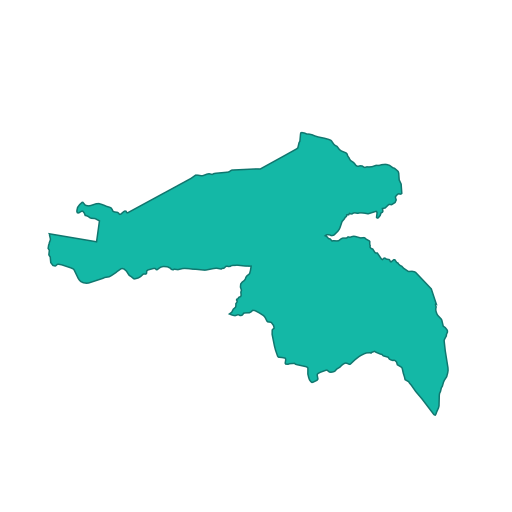 outline of Inongo, Bandundu, Democratic Republic of the Congo, rotated 9°
{"feature_id": "63176286B68796769615290", "entity_name": "Inongo", "entity_type": "district", "adm_level": 2, "iso_a3": "COD", "parent_name": "Democratic Republic of the Congo", "parent_adm1": "Bandundu", "projection": "albers", "projection_center": [18.143, -1.932], "detail": "fine", "context": "isolated", "style": "filled", "palette": "teal", "viewbox_px": 512, "rotation_deg": 9, "n_neighbors": 0, "source": "geoboundaries", "source_scale": "gbopen_adm2", "svg_char_len": 6109}
<svg xmlns="http://www.w3.org/2000/svg" viewBox="0 0 512 512"><g transform="rotate(9 256 256)"><path d="M183.7,185.6L179.7,189.5L122.5,233.4L121.6,233.4L120.6,232.1L119.5,232.1L118.5,232.8L115.8,235.9L114.7,236.2L113.3,235.0L112.4,234.6L109.0,234.6L107.5,234.0L106.7,232.6L105.3,231.2L103.9,230.8L100.3,230.3L98.2,229.7L95.6,229.2L92.6,228.8L90.0,229.4L84.9,232.0L82.8,232.7L80.9,232.7L79.4,232.5L76.6,230.1L75.9,230.2L73.8,232.8L72.2,235.9L72.0,238.8L72.2,240.3L72.8,241.2L73.6,241.3L74.4,241.0L76.1,239.5L77.2,238.9L78.0,238.9L79.6,240.3L81.0,242.7L81.8,242.6L84.1,243.2L86.0,244.2L87.4,244.5L91.2,244.2L95.9,245.8L96.3,266.9L48.4,266.4L48.8,267.0L48.8,267.6L50.2,271.1L50.4,272.3L49.8,275.1L49.8,276.5L49.5,277.5L49.5,281.0L51.0,282.7L51.2,287.0L51.6,287.8L52.9,289.1L54.3,294.6L56.9,297.1L58.2,297.2L59.2,297.3L59.8,296.9L61.0,295.4L62.0,295.0L65.6,295.1L75.1,296.7L77.3,297.3L78.1,297.7L78.9,298.7L83.9,305.9L85.3,307.4L86.9,308.6L89.5,309.4L92.9,309.4L95.0,308.8L108.3,302.0L110.1,300.8L114.2,299.5L116.3,297.9L120.3,294.2L121.1,293.2L124.6,289.8L125.8,289.3L127.7,289.5L128.5,290.0L130.4,291.2L133.5,294.7L134.3,295.2L135.8,295.8L138.8,297.6L139.7,297.6L143.1,296.1L145.2,294.4L147.4,291.6L148.1,291.3L149.8,291.1L150.3,290.8L150.6,290.2L150.4,287.8L151.6,286.6L156.6,284.4L158.0,284.1L158.6,284.2L159.7,285.1L160.6,284.9L162.5,282.9L163.7,281.9L165.2,281.2L166.4,280.8L170.3,280.5L173.4,281.5L174.4,282.4L176.3,282.6L177.2,281.8L181.0,281.7L185.4,279.9L187.5,279.4L191.7,279.0L195.6,278.9L198.8,278.5L207.3,278.0L208.7,277.7L215.5,275.2L218.8,274.2L223.7,274.3L224.6,273.5L226.1,273.2L228.0,270.9L229.0,270.6L230.6,270.7L232.3,270.2L232.6,269.7L234.5,268.9L236.9,268.5L238.6,268.0L246.7,267.6L252.8,266.8L252.8,271.1L252.5,274.0L252.2,274.8L250.1,277.1L249.4,278.5L249.0,280.7L248.1,282.2L246.4,284.0L245.3,286.0L245.5,289.1L247.0,292.1L246.7,294.1L247.5,297.2L247.1,298.5L245.5,299.5L244.7,301.2L243.7,301.8L243.7,302.6L244.4,303.2L244.5,303.8L244.2,305.1L243.6,306.1L243.9,308.3L243.8,309.8L241.9,312.1L240.8,315.4L238.8,317.4L241.4,318.0L243.5,318.2L244.7,318.2L247.3,316.8L248.4,316.8L249.1,317.2L250.2,317.2L251.4,316.7L252.0,316.0L252.8,314.4L254.6,313.8L258.3,313.1L259.9,311.9L261.2,310.2L262.2,310.1L263.6,310.1L268.0,311.6L272.6,313.6L273.8,314.5L274.7,315.4L277.0,318.6L277.9,319.2L280.4,319.1L281.6,319.3L284.2,321.9L284.9,323.5L285.1,324.8L284.3,325.4L283.6,326.5L284.2,330.9L288.3,342.0L290.0,345.9L293.0,351.5L294.0,352.4L297.9,352.2L300.7,352.3L301.4,353.1L301.6,354.0L301.6,357.3L302.3,358.1L304.6,357.9L306.1,357.1L310.9,356.0L311.8,356.7L313.3,356.9L323.1,357.5L324.4,358.1L324.8,358.6L325.7,364.5L327.1,367.9L328.2,369.9L329.8,371.5L330.9,372.1L331.8,371.9L335.7,369.2L336.4,367.8L335.0,363.9L335.2,362.9L335.8,362.2L337.8,360.7L343.3,357.7L344.2,357.7L346.6,359.1L348.1,359.1L350.0,358.5L351.5,357.7L352.4,356.8L353.0,355.6L353.8,354.7L356.2,352.7L357.7,350.6L359.4,348.8L360.6,348.0L361.3,347.7L363.0,347.8L364.8,348.3L365.6,348.3L366.1,348.0L369.9,343.1L373.3,339.4L375.0,337.9L378.2,335.6L380.4,334.4L383.8,333.7L384.8,333.9L385.3,333.1L388.0,331.6L389.6,332.3L394.1,333.4L395.8,333.5L397.0,334.5L397.5,334.7L402.4,335.3L403.8,336.9L405.5,337.5L407.7,337.8L408.3,337.4L409.2,337.4L410.1,337.7L411.5,338.9L412.6,341.3L416.2,342.7L417.3,343.3L418.0,344.1L419.8,348.7L421.6,352.3L422.6,354.8L426.5,356.3L427.4,357.4L429.6,359.3L435.0,364.9L442.1,371.0L455.7,384.0L456.6,384.8L457.5,385.1L458.0,385.1L458.5,383.7L458.8,381.9L460.0,377.5L460.2,375.4L458.8,364.7L458.8,362.9L459.4,360.9L459.7,357.1L460.4,355.6L460.9,351.4L461.5,349.2L463.2,345.4L463.6,341.5L463.6,339.0L463.1,336.5L457.7,319.9L455.0,310.0L455.3,308.5L456.5,305.1L456.3,304.0L457.0,301.1L456.7,299.8L456.2,299.0L454.1,297.1L451.9,296.0L449.5,290.2L448.8,289.3L444.8,286.2L443.6,284.7L442.3,282.2L441.8,280.2L441.9,278.2L440.9,276.0L441.0,274.7L441.4,274.9L434.3,261.1L416.2,247.2L414.8,246.8L412.5,246.7L409.3,247.4L408.6,247.3L403.7,245.0L401.5,243.3L400.0,242.9L398.2,241.8L397.1,240.6L396.4,240.6L395.8,240.2L393.7,238.0L392.7,238.1L390.3,240.7L389.7,240.6L388.7,239.2L388.1,238.7L385.3,238.7L383.6,237.9L382.8,238.1L381.4,239.8L380.3,239.3L375.4,234.1L373.8,234.3L373.0,234.0L370.1,230.8L368.9,230.7L367.9,230.1L367.2,229.3L367.1,227.7L366.5,226.7L366.1,223.9L365.6,223.4L362.1,222.1L360.6,221.1L359.7,221.0L356.4,221.8L351.2,221.2L349.5,221.2L347.8,221.8L345.8,222.9L344.7,222.7L343.8,222.8L342.9,223.9L342.3,224.2L339.0,224.7L337.5,225.6L335.2,228.0L333.4,228.5L330.0,228.8L328.8,229.3L326.4,227.5L325.0,227.5L322.7,225.6L321.2,225.2L322.2,224.1L323.4,223.7L325.8,223.6L327.0,224.1L327.7,224.0L329.4,223.3L330.0,222.8L333.0,218.7L334.0,216.6L334.5,214.9L335.6,208.5L337.5,205.4L338.0,203.9L339.0,202.9L339.3,202.0L339.1,201.3L339.4,201.0L340.3,200.8L341.1,200.8L341.6,199.3L343.2,199.6L344.3,199.4L345.1,198.6L346.6,197.9L349.8,197.9L351.6,197.2L353.3,196.9L356.5,196.7L360.1,196.8L367.6,193.1L368.1,193.2L368.8,194.3L369.0,199.0L369.5,199.4L370.3,199.5L370.9,199.0L372.3,196.6L372.7,194.2L373.1,193.6L374.0,193.0L374.3,192.0L373.9,190.5L373.4,189.3L376.0,188.4L378.9,184.6L379.4,184.2L381.9,184.1L385.0,181.4L385.7,178.7L384.7,176.7L384.5,175.5L386.1,173.0L387.2,172.2L388.4,172.3L389.4,172.2L390.2,171.3L388.1,162.3L385.5,158.4L384.0,151.9L383.3,150.5L382.8,150.0L379.1,147.7L377.5,147.5L373.7,145.6L371.0,145.2L369.2,145.3L366.0,146.1L363.4,147.3L360.4,147.7L356.8,149.6L353.7,150.4L351.6,150.6L349.7,151.5L348.7,151.4L346.8,150.5L344.8,150.6L343.0,151.4L341.9,151.5L340.5,150.9L339.0,149.4L337.7,148.4L334.5,146.9L333.3,145.7L332.7,144.7L331.0,143.0L330.0,141.0L328.8,140.1L323.8,138.9L321.7,137.8L318.9,135.1L316.6,134.3L315.4,133.5L312.5,130.5L311.7,130.0L309.6,129.5L305.4,129.0L298.7,128.7L295.3,128.2L292.5,127.5L289.5,127.3L287.1,127.6L284.9,127.0L281.9,126.9L281.0,127.4L280.9,128.4L281.4,135.8L280.8,137.3L280.4,142.7L279.3,143.9L266.3,154.1L246.6,169.4L242.4,170.0L218.8,174.9L217.5,175.8L216.7,176.7L215.4,177.5L203.3,180.6L201.5,181.2L200.2,182.2L199.5,182.3L196.8,182.1L194.8,182.8L191.1,184.9L189.8,185.3L185.8,185.3L183.7,185.6Z" fill="#14b8a6" stroke="#0f766e" stroke-width="1.5"/></g></svg>